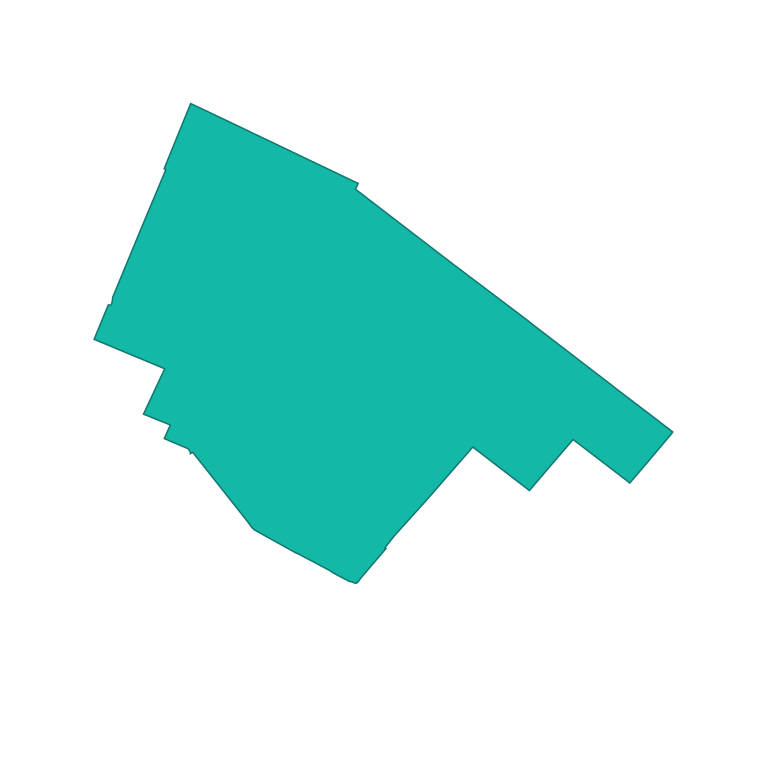 Vadastrita, Olt, Romania, rotated 200°
{"feature_id": "2599482B53428634835124", "entity_name": "Vadastrita", "entity_type": "district", "adm_level": 2, "iso_a3": "ROU", "parent_name": "Romania", "parent_adm1": "Olt", "projection": "natural_earth1", "projection_center": [24.333, 43.838], "detail": "fine", "context": "isolated", "style": "filled", "palette": "teal", "viewbox_px": 768, "rotation_deg": 200, "n_neighbors": 0, "source": "geoboundaries", "source_scale": "gbopen_adm2", "svg_char_len": 1441}
<svg xmlns="http://www.w3.org/2000/svg" viewBox="0 0 768 768"><g transform="rotate(200 384 384)"><path d="M661.6,581.4L661.9,573.0L663.9,520.2L664.2,511.0L663.2,511.0L662.3,510.9L665.3,448.9L668.6,372.5L667.9,370.1L667.4,366.5L667.5,365.0L668.6,364.3L670.1,364.1L670.8,348.4L671.7,326.8L595.3,323.3L599.7,273.4L570.8,272.4L571.8,257.6L560.5,256.9L547.3,256.3L545.8,256.1L544.4,255.1L542.7,253.8L542.4,253.1L542.2,252.4L540.3,254.4L539.9,254.1L481.8,218.3L479.0,216.6L463.4,206.9L460.6,204.9L459.0,203.9L456.0,202.8L456.1,202.6L408.4,195.0L407.6,195.2L373.0,190.4L371.0,190.1L368.1,189.4L367.1,189.1L353.9,187.2L352.6,187.2L350.8,186.8L349.2,186.6L348.3,186.7L347.5,186.9L346.4,187.1L344.6,187.0L343.3,186.9L342.6,187.0L341.8,187.4L341.1,188.5L340.6,189.2L340.1,191.5L339.4,193.5L337.6,198.6L337.4,199.1L335.9,203.0L333.8,208.8L330.2,218.4L325.8,230.0L327.1,230.3L322.3,245.0L305.0,287.7L301.8,295.9L279.0,355.1L210.9,333.6L207.1,343.8L197.6,369.3L196.3,372.6L187.3,396.5L143.1,382.6L122.1,376.0L119.2,375.0L116.7,381.7L109.0,402.1L108.1,404.7L103.1,418.2L96.7,435.8L96.3,437.7L122.8,446.1L143.5,452.5L163.7,458.8L164.8,459.2L166.2,459.6L168.5,460.4L254.6,487.6L267.6,491.7L269.6,492.5L360.9,520.5L368.2,522.8L376.2,525.3L462.6,552.6L465.3,553.5L466.7,554.0L469.1,554.7L477.4,557.2L477.0,561.6L476.8,563.6L582.9,573.9L594.5,575.0L604.2,576.0L614.8,577.0L655.9,580.9L661.6,581.4Z" fill="#14b8a6" stroke="#0f766e" stroke-width="1.5"/></g></svg>